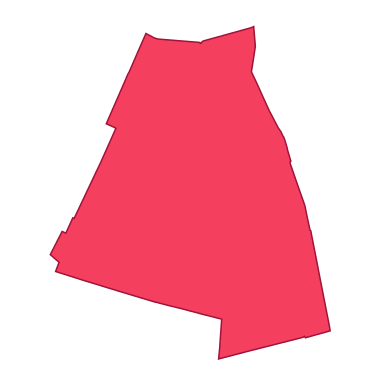 outline of Cazasu, Braila, Romania, rotated 271°
{"feature_id": "2599482B82277665245942", "entity_name": "Cazasu", "entity_type": "district", "adm_level": 2, "iso_a3": "ROU", "parent_name": "Romania", "parent_adm1": "Braila", "projection": "natural_earth1", "projection_center": [27.883, 45.271], "detail": "fine", "context": "isolated", "style": "filled", "palette": "rose", "viewbox_px": 384, "rotation_deg": 271, "n_neighbors": 0, "source": "geoboundaries", "source_scale": "gbopen_adm2", "svg_char_len": 1378}
<svg xmlns="http://www.w3.org/2000/svg" viewBox="0 0 384 384"><g transform="rotate(271 192 192)"><path d="M358.5,250.8L357.7,249.2L357.0,247.2L356.4,245.2L350.8,226.3L344.2,204.0L343.2,200.7L342.8,200.0L342.2,199.3L341.5,198.7L340.9,198.5L340.8,197.7L341.2,197.6L341.5,197.2L341.7,196.5L341.8,196.3L341.8,195.6L344.3,155.8L344.8,153.5L345.7,151.0L349.7,143.2L329.9,134.9L318.5,130.2L310.1,126.7L309.7,126.4L309.1,126.0L303.7,123.8L302.7,123.4L299.6,122.1L290.2,118.2L258.7,105.1L256.0,111.5L254.4,114.8L223.1,101.5L219.6,100.0L213.7,97.3L163.5,74.6L164.1,73.3L148.7,66.6L150.3,62.8L126.9,51.4L119.4,60.3L110.1,57.0L103.2,80.3L101.8,84.8L98.8,95.4L95.7,106.1L94.2,111.3L91.0,122.5L87.3,135.6L81.1,157.6L81.1,158.2L78.2,170.1L74.5,186.4L73.4,190.6L69.4,206.8L65.4,223.9L56.1,223.4L42.9,222.7L36.6,222.4L25.5,221.5L26.7,225.7L33.6,250.3L41.1,277.9L48.6,305.4L49.7,306.8L48.2,307.9L49.5,312.2L55.6,332.6L56.0,332.5L59.0,332.0L60.8,331.6L66.5,330.4L67.4,330.2L88.0,325.8L114.6,320.1L126.5,317.6L141.8,314.3L155.4,311.4L155.9,310.7L169.4,307.5L179.9,305.2L183.1,304.1L197.0,298.9L222.2,289.7L223.7,289.5L224.6,290.3L235.7,286.8L237.6,286.4L240.3,285.6L245.3,284.0L248.6,282.7L249.2,282.1L253.6,280.0L257.7,277.1L274.9,267.7L289.8,260.6L301.9,254.9L313.2,249.3L324.6,250.9L329.0,251.5L338.6,252.8L340.8,252.6L358.5,250.8Z" fill="#f43f5e" stroke="#9f1239" stroke-width="1.5"/></g></svg>